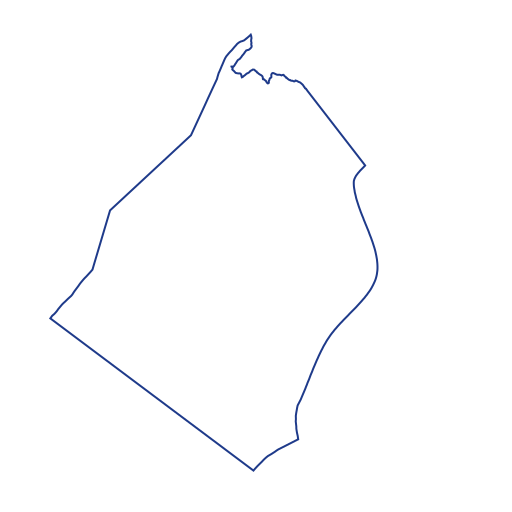 Famatina, La Rioja, Argentina, rotated 37°
{"feature_id": "61730980B89547050111737", "entity_name": "Famatina", "entity_type": "district", "adm_level": 2, "iso_a3": "ARG", "parent_name": "Argentina", "parent_adm1": "La Rioja", "projection": "robinson", "projection_center": [-67.626, -28.654], "detail": "fine", "context": "isolated", "style": "outline", "palette": "blue", "viewbox_px": 512, "rotation_deg": 37, "n_neighbors": 0, "source": "geoboundaries", "source_scale": "gbopen_adm2", "svg_char_len": 5516}
<svg xmlns="http://www.w3.org/2000/svg" viewBox="0 0 512 512"><g transform="rotate(37 256 256)"><path d="M118.6,82.4L118.4,83.8L117.5,88.1L117.4,88.1L116.8,90.8L115.8,92.5L114.6,94.1L113.8,96.0L113.3,98.0L113.2,100.0L113.0,102.1L112.9,104.1L112.8,106.2L112.5,108.2L112.3,110.3L112.2,112.3L112.1,114.4L112.3,116.4L112.7,118.4L113.2,120.4L113.7,122.4L114.2,124.4L114.2,124.6L114.7,126.4L115.2,128.4L115.7,130.4L116.1,132.4L116.8,134.3L117.5,136.2L118.3,138.1L120.5,148.5L122.9,159.6L124.4,166.3L131.4,198.7L112.0,307.4L113.3,310.9L131.3,359.2L133.6,365.3L133.4,368.5L133.2,370.5L133.0,372.6L132.8,374.6L132.5,376.6L132.3,378.7L132.2,380.7L132.1,382.8L132.1,384.8L132.2,386.9L132.2,389.0L132.2,391.0L132.2,393.1L132.3,395.1L132.5,397.2L132.4,399.2L132.0,401.2L131.6,403.3L131.3,405.3L131.0,407.3L130.6,409.3L130.3,411.4L130.2,413.4L130.1,415.5L130.0,417.5L130.1,419.6L130.0,421.7L129.8,423.7L129.2,426.4L129.3,429.6L383.1,428.9L383.2,426.9L383.4,424.8L383.6,422.8L383.9,420.7L384.2,418.7L384.5,416.7L384.7,414.6L385.0,412.6L385.4,410.6L385.9,408.6L386.7,406.7L387.5,404.8L388.2,402.9L388.9,401.0L389.5,399.0L390.2,397.1L400.0,377.0L397.7,374.7L395.1,372.5L392.2,369.7L390.7,367.8L389.0,366.0L387.3,364.2L386.0,362.2L384.0,359.7L382.5,357.0L381.2,354.4L380.2,352.5L379.2,350.3L378.1,343.7L377.2,340.2L376.7,338.2L376.2,336.2L375.7,334.2L375.2,332.2L374.6,330.2L374.1,328.2L373.5,326.3L373.0,324.3L372.5,322.3L371.9,320.3L371.3,318.3L370.8,316.3L370.3,314.3L369.7,312.3L369.1,310.0L368.7,308.3L368.2,306.3L367.7,304.3L367.2,302.3L366.8,300.3L366.3,298.3L365.9,296.3L365.5,294.3L365.1,292.3L364.8,290.3L364.4,288.3L364.1,286.3L363.9,284.2L363.6,282.2L363.4,280.2L363.3,278.1L363.2,276.1L363.1,274.0L363.1,271.9L363.2,269.7L363.2,267.6L363.4,265.4L363.5,263.3L363.7,261.1L363.9,258.9L364.2,256.7L364.4,254.5L364.7,252.3L365.0,250.1L365.3,247.9L365.5,245.7L365.8,243.5L366.1,241.3L366.4,239.2L366.7,237.0L366.9,234.8L367.1,232.7L367.3,230.5L367.5,228.4L367.6,226.3L367.8,224.2L367.8,222.1L367.9,220.1L367.8,218.1L367.8,216.1L367.7,214.1L367.5,212.2L367.2,210.2L366.9,208.4L366.5,206.5L366.1,204.7L365.6,202.9L365.0,201.2L364.3,199.5L363.5,197.8L362.6,196.2L361.7,194.6L360.7,193.1L359.6,191.6L358.4,190.1L357.2,188.7L355.9,187.3L354.6,185.9L353.2,184.6L351.8,183.3L350.3,182.0L348.8,180.7L347.2,179.4L345.6,178.2L343.9,177.0L342.2,175.8L340.5,174.6L338.8,173.5L337.0,172.3L335.2,171.2L333.4,170.1L331.6,168.9L329.8,167.8L327.9,166.7L326.1,165.6L324.2,164.5L322.4,163.4L320.5,162.3L318.7,161.1L316.8,160.0L315.0,158.9L314.7,158.7L313.2,157.8L311.4,156.6L309.7,155.5L307.9,154.3L306.2,153.1L304.5,151.9L302.8,150.7L301.2,149.5L300.6,149.0L299.7,148.2L298.1,146.9L296.6,145.7L295.2,144.3L293.8,143.0L292.4,141.6L291.2,140.2L290.0,138.7L289.0,137.2L288.3,135.4L287.9,133.6L287.6,131.6L287.6,129.5L287.6,128.0L287.7,127.4L287.8,125.2L288.1,123.0L288.4,120.7L288.7,118.4L288.7,118.0L197.2,93.0L196.5,92.7L196.2,92.7L195.3,92.3L194.9,92.5L194.2,92.5L193.9,92.3L193.6,92.2L192.9,91.9L192.3,91.9L192.0,91.7L191.3,91.4L190.2,91.1L189.9,91.1L189.6,91.0L188.9,91.0L188.1,90.9L187.6,90.9L186.4,90.9L185.4,91.3L184.6,91.4L184.1,91.5L183.2,91.6L182.7,91.8L181.9,92.1L181.9,92.9L181.6,93.4L181.2,93.7L180.1,94.0L179.6,94.1L178.5,94.9L177.5,94.9L177.0,95.3L176.3,95.4L174.7,95.4L173.8,95.4L173.4,95.2L172.7,95.5L172.1,95.1L170.5,95.2L169.8,94.9L169.2,94.8L168.7,94.9L168.0,95.8L167.7,96.4L166.9,96.6L166.0,96.9L165.0,97.6L164.5,98.1L163.1,98.8L162.7,98.8L162.3,98.9L161.9,98.9L161.5,99.1L160.9,99.2L160.3,99.3L159.9,99.5L159.5,99.6L159.0,100.1L158.9,100.8L159.0,101.7L159.2,102.0L159.3,102.3L159.6,102.6L159.9,103.0L160.3,103.5L160.6,103.8L160.6,104.7L160.2,105.6L160.2,105.9L160.4,106.6L160.6,107.0L160.8,107.5L160.8,108.1L160.9,108.6L161.4,109.1L161.5,109.3L162.0,109.9L162.0,110.1L162.0,110.4L161.8,110.8L161.5,111.1L161.3,111.1L161.2,111.1L160.8,111.1L160.6,111.0L159.2,110.6L158.7,110.3L158.6,110.2L158.0,110.2L156.8,110.2L155.9,110.1L155.8,110.3L155.2,110.6L154.7,110.2L154.1,109.5L153.7,109.1L152.8,108.6L152.0,108.5L151.2,108.5L150.2,108.7L149.5,108.7L148.6,108.8L147.4,108.7L146.8,108.6L146.2,108.8L145.4,108.3L144.8,108.5L144.5,108.5L144.0,108.5L143.7,108.4L143.1,108.3L142.5,108.3L142.1,108.4L141.2,109.1L141.2,109.3L140.9,109.9L140.9,110.0L140.7,110.4L140.1,111.7L140.1,112.6L139.9,113.8L139.5,114.6L139.4,115.0L138.8,115.9L138.5,117.4L138.4,118.0L138.1,119.1L137.8,119.9L137.7,120.9L137.2,121.8L136.4,121.3L135.6,120.5L135.1,120.2L134.4,119.8L133.9,119.7L133.5,119.8L133.0,120.0L132.4,120.6L131.8,120.9L131.0,121.4L130.5,121.6L130.0,121.8L129.9,121.9L129.4,122.0L128.9,121.9L128.5,121.8L127.8,121.7L126.9,121.5L126.4,121.5L126.1,121.5L125.3,121.4L125.2,121.4L124.8,121.3L124.6,121.0L124.5,120.7L124.4,120.4L124.3,120.1L124.2,119.8L124.1,119.7L123.7,119.5L123.4,119.4L122.9,119.6L122.5,119.6L122.4,119.5L122.7,119.2L122.9,119.1L123.1,118.9L123.3,118.8L123.6,118.7L123.8,118.5L124.0,118.3L124.0,118.1L124.1,117.1L124.0,115.9L123.9,115.4L123.9,114.1L123.8,113.3L123.7,112.1L123.6,110.8L123.7,110.1L124.2,108.9L124.4,108.6L124.4,107.8L124.5,106.6L124.5,105.1L124.4,104.5L124.5,103.2L124.6,102.6L124.6,102.4L124.5,101.7L124.6,100.9L124.4,100.1L124.5,99.7L124.5,98.8L124.5,98.6L124.5,97.7L124.9,97.3L125.1,96.8L125.3,96.6L125.8,96.1L126.0,95.8L126.2,95.4L126.3,94.9L126.4,94.5L126.5,94.3L126.6,93.9L126.6,93.5L126.7,92.7L126.6,91.6L126.0,90.7L125.6,90.5L125.1,90.2L124.7,89.5L124.4,89.2L124.3,88.7L123.5,87.9L122.9,87.5L121.9,86.0L121.4,84.9L120.6,84.0L119.4,82.9L118.6,82.4Z" fill="none" stroke="#1e3a8a" stroke-width="2"/></g></svg>